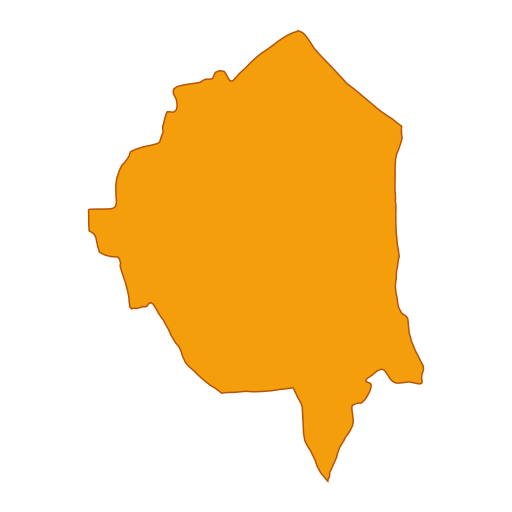 outline of Me Sang, Prey Vêng, Cambodia
{"feature_id": "14789045B72609055314510", "entity_name": "Me Sang", "entity_type": "district", "adm_level": 2, "iso_a3": "KHM", "parent_name": "Cambodia", "parent_adm1": "Prey Vêng", "projection": "orthographic", "projection_center": [105.584, 11.344], "detail": "fine", "context": "isolated", "style": "filled", "palette": "amber", "viewbox_px": 512, "rotation_deg": 0, "n_neighbors": 0, "source": "geoboundaries", "source_scale": "gbopen_adm2", "svg_char_len": 4576}
<svg xmlns="http://www.w3.org/2000/svg" viewBox="0 0 512 512"><path d="M221.5,393.2L223.0,392.9L227.2,392.5L233.5,392.4L238.2,392.0L245.6,391.3L253.5,391.8L262.0,391.5L271.8,390.7L280.2,389.4L286.8,388.7L290.9,388.1L292.6,387.7L293.8,389.0L295.1,391.8L296.5,394.8L297.4,396.9L299.4,400.3L300.2,401.8L301.5,404.4L302.3,407.8L302.6,414.2L302.9,419.6L303.2,424.9L303.5,432.8L304.8,440.7L307.2,445.5L310.9,451.5L314.6,459.0L317.3,466.5L320.6,472.6L324.5,477.4L326.0,479.2L326.9,480.4L327.8,481.3L328.1,479.2L329.5,476.8L329.6,474.5L329.9,471.8L331.1,469.7L332.8,465.8L334.3,462.5L335.4,460.0L336.6,457.3L337.2,454.2L338.5,450.8L339.8,447.2L341.5,444.4L342.9,442.1L343.6,441.1L345.5,437.2L348.3,433.5L350.3,430.3L352.4,426.0L353.3,422.2L353.2,419.6L352.9,417.2L352.4,412.8L352.0,410.6L351.9,408.1L351.9,406.5L352.5,405.4L354.0,404.6L355.3,403.9L357.1,403.4L358.7,402.9L361.0,403.2L362.0,402.3L362.8,401.7L363.5,401.1L364.1,400.5L365.3,399.1L367.2,396.3L368.4,393.8L369.5,391.9L370.6,388.7L371.2,386.3L371.0,384.3L370.0,383.1L367.9,382.4L366.3,381.6L365.8,380.8L366.3,379.4L367.2,378.5L368.8,377.4L370.4,376.3L372.4,374.9L374.1,373.3L376.5,371.5L379.1,369.9L381.9,369.2L384.3,370.2L386.3,372.9L388.3,375.8L389.9,378.6L392.4,381.3L395.5,382.9L398.2,383.1L401.8,382.8L404.2,382.6L406.8,382.0L410.0,382.0L411.8,382.5L414.3,382.9L417.3,383.6L418.7,383.8L420.0,383.9L421.8,383.1L422.1,381.9L422.0,380.5L421.8,379.6L421.6,376.9L421.8,374.9L422.1,373.9L422.7,372.4L423.3,369.9L423.5,368.7L423.3,366.7L422.9,365.2L421.7,363.0L420.7,361.2L419.6,359.1L418.8,357.3L417.7,355.0L416.5,352.9L415.5,350.9L414.7,349.1L413.9,347.0L413.0,344.9L412.4,343.4L411.3,341.1L410.9,338.8L410.3,336.8L409.0,332.3L408.9,329.9L408.7,328.0L408.4,325.0L408.2,322.4L407.8,318.9L406.6,316.7L405.0,315.5L402.1,313.5L401.3,312.5L400.1,310.2L398.9,308.0L398.0,304.8L397.7,302.9L397.4,300.4L397.1,298.0L396.7,296.1L396.0,293.0L395.7,289.7L395.4,287.0L395.6,283.6L395.7,281.7L396.3,278.1L396.3,275.9L396.4,272.7L396.7,270.1L397.4,267.1L397.7,264.3L398.1,261.7L398.4,259.3L399.2,257.0L399.1,255.2L398.7,253.1L398.3,249.7L397.6,245.9L397.1,242.8L397.0,240.2L396.7,237.6L396.4,234.7L396.2,231.5L396.0,227.6L395.9,223.8L395.8,218.6L395.8,214.6L395.8,210.9L396.0,207.8L395.8,205.0L395.7,203.0L395.3,201.2L395.6,197.7L395.4,195.3L395.3,193.1L395.0,190.5L395.0,186.1L395.0,181.9L395.1,177.9L395.2,174.3L395.1,170.2L395.1,166.2L395.2,164.9L395.5,161.7L395.6,158.9L396.3,155.7L396.9,153.3L398.1,150.6L399.2,147.8L400.1,144.9L401.2,141.7L402.1,138.2L401.8,135.8L401.5,133.2L401.5,130.8L401.4,128.5L401.6,126.2L399.4,124.6L396.3,122.3L392.7,119.2L387.5,115.9L381.8,112.0L377.0,108.2L370.0,102.3L363.0,96.4L355.5,90.1L346.8,83.4L340.8,76.9L334.3,69.8L327.1,62.3L320.7,55.7L314.0,48.1L309.4,40.9L305.7,35.7L303.2,33.1L300.8,31.7L297.8,30.7L296.5,31.6L293.4,32.6L289.0,34.5L284.3,37.1L278.9,40.7L273.6,44.7L272.6,45.5L267.7,49.1L261.9,52.9L257.1,56.7L250.8,62.4L245.7,67.8L241.2,71.9L239.2,73.7L236.6,76.8L233.0,80.6L231.1,81.1L229.5,80.3L227.1,76.2L225.6,73.3L224.1,71.4L219.5,70.7L215.5,72.3L214.0,75.0L212.7,78.5L210.1,79.2L206.0,79.1L203.4,80.2L200.1,82.3L195.3,83.2L190.6,83.8L186.2,84.5L181.7,85.4L177.5,86.5L174.1,88.6L173.2,91.0L173.5,93.9L174.9,96.5L176.3,99.5L177.0,103.4L177.0,106.9L176.3,109.8L174.3,111.8L172.7,112.2L168.9,111.7L167.2,111.7L165.7,115.3L164.4,120.0L163.6,124.0L162.8,125.7L162.7,129.0L163.2,132.4L162.1,134.5L161.0,137.7L159.9,141.3L158.8,142.8L156.4,143.9L153.2,144.6L150.9,145.3L148.2,145.8L142.0,147.2L135.5,149.4L130.7,151.6L129.7,153.6L129.1,156.2L126.0,160.7L121.7,165.6L119.4,170.4L116.9,177.9L115.8,185.0L115.9,190.2L116.0,195.9L116.4,200.4L116.2,203.9L115.4,206.5L113.2,208.2L110.0,208.9L105.6,209.0L100.7,209.1L96.1,209.1L91.9,209.2L89.8,209.3L88.5,210.0L88.6,212.4L88.7,216.3L88.7,220.9L88.8,224.8L89.0,227.6L89.0,229.2L89.2,230.9L91.0,231.9L94.3,234.3L95.9,237.8L97.7,246.4L99.5,252.3L105.2,255.1L111.6,256.7L117.3,256.9L119.2,258.5L120.6,262.9L120.1,266.0L121.5,271.0L124.2,278.9L125.9,284.4L127.6,290.9L128.9,297.3L129.2,302.3L129.8,305.6L129.5,306.5L130.5,307.8L131.7,308.9L133.5,308.1L136.4,308.6L140.3,307.5L143.2,306.6L145.3,306.8L147.1,306.1L147.5,305.4L148.9,303.4L150.8,302.7L152.9,303.9L154.3,305.8L156.0,308.6L157.1,310.6L158.3,312.9L161.1,317.2L163.5,320.3L165.7,324.6L168.6,329.6L170.8,334.7L172.8,338.3L175.6,342.8L178.8,346.6L179.7,348.4L181.1,351.3L182.3,355.5L185.5,362.6L188.7,366.3L194.0,370.9L198.1,375.0L203.1,379.5L206.9,382.6L210.7,385.6L214.3,387.7L216.1,388.8L218.0,390.4L219.4,391.3L220.4,392.3L221.5,393.2Z" fill="#f59e0b" stroke="#b45309" stroke-width="1.5"/></svg>